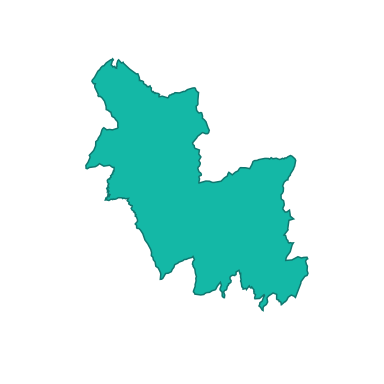 the district of Tausa, Cundinamarca, Colombia, rotated 30°
{"feature_id": "7082276B61281192439607", "entity_name": "Tausa", "entity_type": "district", "adm_level": 2, "iso_a3": "COL", "parent_name": "Colombia", "parent_adm1": "Cundinamarca", "projection": "natural_earth1", "projection_center": [-73.979, 5.193], "detail": "fine", "context": "isolated", "style": "filled", "palette": "teal", "viewbox_px": 384, "rotation_deg": 30, "n_neighbors": 0, "source": "geoboundaries", "source_scale": "gbopen_adm2", "svg_char_len": 6083}
<svg xmlns="http://www.w3.org/2000/svg" viewBox="0 0 384 384"><g transform="rotate(30 192 192)"><path d="M325.7,245.0L326.0,244.6L325.8,244.0L326.3,243.5L327.2,240.7L327.6,240.5L328.1,238.4L327.9,235.0L329.5,231.6L332.4,231.2L334.3,231.6L331.9,216.7L331.2,215.1L331.9,208.6L333.4,206.7L333.1,204.4L330.9,202.5L329.0,198.5L327.3,197.5L325.1,195.3L324.8,194.4L325.1,192.7L325.6,192.0L324.2,191.0L321.3,192.9L319.8,194.4L316.1,195.1L312.5,200.9L307.4,204.4L306.6,202.5L306.3,200.5L306.9,194.6L305.2,187.8L305.2,185.4L304.0,186.3L302.2,186.8L301.7,187.7L300.5,187.5L299.2,186.0L297.7,185.8L294.8,182.9L293.2,183.3L294.1,176.7L293.4,176.2L290.1,168.1L293.5,164.5L289.3,163.8L285.5,159.0L284.2,161.8L282.7,162.8L279.4,161.5L278.7,160.3L278.4,157.3L277.5,155.9L275.7,153.8L273.1,153.5L272.4,153.0L270.5,149.9L270.9,147.7L270.7,145.8L269.2,142.7L267.5,141.5L266.9,137.4L267.9,134.3L269.0,133.6L268.3,132.0L268.2,130.2L268.7,128.1L268.2,127.3L268.4,121.2L268.0,120.0L268.0,118.5L266.0,112.8L264.5,111.8L260.8,111.0L259.0,111.2L257.3,113.8L256.8,115.2L255.3,116.2L255.1,117.3L253.5,117.6L252.5,119.2L251.3,120.2L248.1,120.6L245.4,122.8L243.4,122.7L242.8,124.7L241.4,124.8L238.4,126.4L233.6,130.6L232.7,132.0L230.4,133.6L229.6,135.1L230.2,138.3L230.3,142.9L226.4,144.2L221.8,146.7L221.4,147.8L221.2,150.9L219.7,153.0L218.3,157.0L214.1,156.5L214.0,158.0L214.6,160.4L213.0,163.6L211.8,168.1L206.2,172.8L204.6,173.6L201.8,173.9L198.5,175.6L193.6,180.7L193.1,180.2L192.0,176.9L190.4,175.5L190.4,174.5L191.6,173.0L191.2,171.9L189.9,171.2L188.0,171.0L185.3,168.8L184.9,167.3L185.4,165.9L185.1,163.6L184.6,162.7L182.2,161.4L182.2,157.2L178.9,155.8L177.4,151.9L172.9,152.7L171.8,152.2L170.7,150.7L169.2,150.4L167.9,149.2L169.0,142.9L169.0,141.0L171.1,135.8L171.6,135.1L174.7,134.7L176.3,133.7L176.7,132.3L176.1,129.9L173.7,128.3L169.0,124.2L166.6,123.3L164.1,122.9L163.2,121.0L160.9,118.7L160.0,118.7L158.7,120.0L158.0,120.1L155.2,119.0L152.7,115.7L153.3,113.9L153.2,112.9L151.4,110.0L147.9,102.5L147.1,102.7L144.7,102.0L143.0,100.5L142.0,100.6L140.4,101.8L136.8,105.7L135.6,108.4L134.4,109.1L131.6,112.5L127.6,114.5L127.0,116.1L125.8,117.1L125.1,118.6L124.3,119.1L124.0,120.2L124.3,121.9L123.9,122.6L118.3,123.9L115.9,126.0L115.2,125.2L115.1,123.7L113.4,123.6L111.3,124.4L110.8,125.0L110.3,124.5L109.7,125.0L108.3,124.4L107.9,125.1L107.0,124.9L105.6,124.0L104.8,122.2L103.6,122.0L102.6,121.1L101.6,122.9L101.0,122.7L100.5,123.2L99.0,122.4L95.9,122.3L94.7,120.7L92.8,120.8L92.2,121.4L91.1,121.1L90.7,121.6L89.2,119.3L86.0,116.7L84.7,117.6L81.8,117.3L76.4,116.7L68.1,114.7L67.5,114.1L66.3,115.6L62.4,114.2L62.1,115.4L62.8,118.6L64.2,120.7L64.2,121.9L64.7,122.5L63.4,122.8L62.3,121.8L60.8,123.3L60.3,122.8L58.5,122.4L57.5,118.5L57.8,116.9L56.6,116.3L56.3,117.6L55.5,118.2L53.2,123.0L52.6,126.7L51.5,127.8L50.9,130.1L50.9,132.8L50.3,133.3L50.1,134.9L50.3,141.4L49.7,145.1L50.0,146.2L52.6,147.5L54.2,146.6L54.5,148.4L55.4,149.8L61.8,154.1L62.5,155.7L63.7,155.9L64.5,155.1L66.9,155.4L70.8,157.1L74.8,160.8L76.5,163.5L78.4,163.2L80.6,163.6L81.7,163.4L84.9,166.5L87.9,166.5L89.6,167.5L91.9,168.1L93.3,169.3L94.8,172.1L95.8,173.1L95.5,174.2L92.0,178.0L89.4,179.0L87.1,180.8L83.5,180.4L83.0,181.7L83.0,183.4L84.2,188.2L83.9,192.6L84.4,193.6L83.5,196.5L85.5,200.3L86.1,205.2L84.7,211.6L86.0,212.4L86.5,213.3L87.1,218.3L86.8,222.0L88.5,224.5L89.7,224.2L90.8,222.1L95.6,218.4L96.9,216.2L97.7,213.7L102.7,213.7L107.3,210.0L110.8,210.4L112.2,209.7L113.5,211.9L113.4,212.7L113.8,212.9L113.4,213.5L113.8,213.8L113.7,215.2L114.3,216.0L113.7,216.7L113.8,217.6L113.4,218.7L114.4,219.6L113.7,221.6L114.1,222.1L113.1,222.7L112.8,224.2L114.1,225.9L115.9,226.6L115.8,228.2L117.4,229.7L116.5,229.8L116.4,231.5L117.7,231.6L117.4,232.4L118.2,232.9L118.6,233.9L119.1,232.6L119.6,232.8L119.6,233.9L120.5,236.3L121.5,235.3L122.2,235.2L122.4,237.3L121.9,236.8L121.3,237.1L121.0,238.6L121.3,240.1L120.5,240.2L120.9,242.3L122.0,241.5L124.3,240.9L125.2,239.1L126.6,238.1L127.2,238.2L127.5,237.4L128.7,237.0L129.8,235.9L131.1,233.7L134.3,232.0L135.2,232.4L136.0,231.3L137.9,231.0L140.2,229.3L140.2,231.9L142.9,232.4L143.1,233.8L143.7,234.1L144.6,233.9L145.4,234.3L145.9,233.9L147.1,233.8L147.7,235.4L147.4,236.5L149.2,237.6L151.4,237.7L151.5,238.4L153.1,238.3L153.6,239.5L154.9,239.7L154.8,241.2L156.4,241.4L158.5,243.1L159.5,244.6L158.8,248.1L160.7,248.6L162.0,250.7L162.8,250.9L164.0,250.2L166.1,250.6L170.2,252.7L175.3,257.1L179.6,259.0L185.0,262.4L187.2,264.6L188.6,267.5L190.7,268.0L192.4,270.0L195.0,271.0L197.8,274.4L200.8,274.7L204.9,277.5L206.1,278.9L208.2,283.5L209.3,282.7L209.9,281.4L209.9,275.8L212.1,274.1L213.9,271.3L213.6,268.9L214.0,266.4L213.4,264.0L213.6,263.2L215.3,260.8L215.7,259.4L218.4,256.1L219.0,254.4L220.7,253.2L222.1,251.2L224.7,248.7L225.1,247.3L227.9,249.3L227.6,251.7L228.4,254.3L229.8,255.1L230.1,255.8L233.0,257.3L235.7,260.8L238.2,263.1L238.4,264.7L240.0,267.0L241.0,270.7L241.9,272.0L242.8,277.1L243.2,277.8L244.3,278.0L245.6,279.0L251.0,276.8L253.5,274.8L253.7,273.8L254.9,271.9L257.4,270.1L258.8,267.4L260.8,265.3L261.2,264.6L261.0,260.8L261.7,256.0L264.1,258.1L264.6,261.5L265.2,262.7L268.3,263.8L270.1,266.9L270.8,267.4L272.3,267.6L272.9,267.3L271.9,264.9L269.3,262.7L269.6,260.8L270.5,259.9L270.6,258.6L269.7,256.2L270.0,254.3L269.5,253.1L270.1,252.8L270.8,250.6L270.1,249.1L268.9,248.7L267.8,247.5L267.5,246.5L267.9,245.0L268.8,243.7L270.8,243.0L270.9,242.1L271.4,241.5L270.2,239.2L271.8,236.3L274.5,238.9L274.9,238.3L276.6,241.4L278.3,243.3L278.6,244.8L280.0,245.9L282.6,249.2L283.9,249.4L284.8,250.6L286.8,248.6L287.3,248.6L287.9,249.2L288.5,244.7L289.7,245.5L291.1,245.7L291.2,244.4L294.6,245.8L295.1,247.1L295.9,247.3L296.0,248.4L296.4,248.8L298.3,249.1L299.2,252.5L299.9,253.0L303.8,250.4L305.5,245.3L305.7,244.9L306.3,245.2L306.6,245.6L306.5,246.8L307.3,251.4L306.2,253.9L306.9,255.8L307.0,257.2L308.8,257.5L311.8,259.1L312.8,259.1L311.4,256.7L311.3,255.1L312.6,252.3L312.5,249.4L310.1,246.6L309.9,245.8L310.3,243.7L312.7,238.9L316.5,238.3L318.8,242.4L319.8,242.6L320.9,242.1L322.3,243.3L323.0,242.8L324.1,243.0L325.7,245.0Z" fill="#14b8a6" stroke="#0f766e" stroke-width="1.5"/></g></svg>